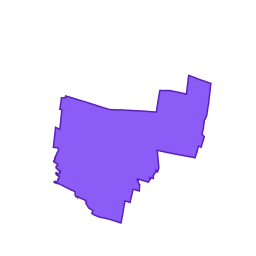 Tatarastii De Jos, Teleorman, Romania, rotated 47°
{"feature_id": "2599482B17440364011234", "entity_name": "Tatarastii De Jos", "entity_type": "district", "adm_level": 2, "iso_a3": "ROU", "parent_name": "Romania", "parent_adm1": "Teleorman", "projection": "equal_earth", "projection_center": [25.181, 44.381], "detail": "fine", "context": "isolated", "style": "filled", "palette": "violet", "viewbox_px": 256, "rotation_deg": 47, "n_neighbors": 0, "source": "geoboundaries", "source_scale": "gbopen_adm2", "svg_char_len": 5454}
<svg xmlns="http://www.w3.org/2000/svg" viewBox="0 0 256 256"><g transform="rotate(47 128 128)"><path d="M192.7,197.9L190.3,194.6L188.9,192.8L187.9,191.3L187.0,190.2L185.8,188.6L184.0,186.3L183.4,185.4L182.3,184.1L179.9,180.8L179.2,180.0L183.8,177.3L183.2,176.4L181.3,173.5L180.5,172.4L178.3,169.0L177.2,167.6L176.8,166.8L176.2,166.1L181.8,162.7L178.5,159.3L177.4,158.1L177.1,158.3L176.8,158.4L176.7,158.2L176.4,158.0L176.2,157.9L175.4,157.7L174.5,157.6L174.2,157.5L173.8,157.1L173.7,156.8L173.8,156.7L173.5,156.2L172.4,156.9L171.7,155.9L172.9,155.1L173.2,154.9L178.4,151.8L180.4,150.6L180.7,150.5L181.2,150.3L181.5,150.1L180.8,147.5L180.6,146.6L180.6,146.2L179.7,146.3L179.3,146.2L178.9,146.0L181.8,144.2L182.2,143.9L181.6,143.3L181.4,143.1L181.1,142.8L180.3,142.2L180.2,142.2L180.1,141.6L180.0,141.2L179.8,140.8L179.4,140.6L179.2,140.3L179.2,140.0L179.2,139.7L179.4,139.3L179.5,139.1L179.4,138.8L179.4,138.5L179.1,137.9L179.3,137.4L179.3,137.2L178.8,136.8L178.6,136.6L178.2,136.4L178.0,136.2L180.2,136.2L178.6,133.2L178.3,132.7L178.2,132.6L164.2,121.8L165.1,121.3L165.2,121.1L165.4,121.0L167.1,119.9L174.6,114.6L178.8,111.6L179.6,110.9L179.8,110.7L180.0,110.6L180.7,110.2L189.3,103.8L192.1,101.7L193.8,100.5L195.2,99.5L195.5,99.4L194.4,97.4L192.6,93.9L191.8,92.7L191.7,92.8L189.4,88.9L191.9,87.6L190.7,85.6L189.9,84.2L186.5,78.2L182.7,77.9L181.6,76.0L180.1,73.7L177.2,70.2L175.4,68.0L175.0,67.9L174.4,67.0L174.3,66.6L174.3,66.1L174.1,65.5L173.6,64.2L172.6,62.1L171.9,61.0L171.2,60.3L167.2,55.2L165.5,52.9L160.1,46.6L157.6,43.6L156.5,42.3L156.2,42.1L155.3,41.0L153.9,39.4L152.6,37.8L151.8,36.9L151.5,37.2L150.9,37.6L150.1,37.9L148.8,38.7L147.2,39.4L146.1,40.0L142.1,42.2L138.3,44.1L136.8,44.7L134.2,46.1L130.9,47.7L132.3,49.5L133.6,50.9L136.9,54.8L139.1,57.5L141.9,60.8L142.9,61.9L142.9,62.1L142.8,62.3L142.5,62.5L141.3,63.3L139.3,64.8L137.5,65.9L130.1,71.2L129.2,71.8L128.5,72.5L126.7,74.4L124.1,77.3L123.0,78.2L122.9,78.4L122.5,78.8L122.3,79.1L123.1,80.1L123.6,81.0L123.9,81.3L124.9,82.5L126.4,84.6L127.2,85.6L130.9,90.4L132.6,92.6L134.1,94.4L134.6,95.1L135.6,96.5L126.3,105.1L123.5,107.8L121.2,109.9L117.4,113.7L115.6,115.3L115.5,115.5L115.4,115.7L114.5,116.5L114.4,116.6L113.2,117.8L112.9,117.9L111.3,119.4L109.1,121.7L109.0,121.9L106.8,124.1L106.7,124.2L106.3,124.6L106.3,124.8L106.2,125.0L105.8,125.1L102.2,128.6L101.6,129.1L100.8,129.6L100.4,129.9L99.6,130.1L99.4,130.3L98.5,130.8L98.4,130.9L97.5,131.5L95.7,132.5L93.7,133.6L93.2,133.9L92.3,134.5L91.8,134.5L91.5,134.9L91.4,135.1L91.2,135.3L90.5,135.6L90.2,135.6L89.9,135.7L89.3,136.1L89.1,136.1L88.4,136.6L85.0,138.5L83.8,139.2L82.5,139.9L78.4,142.2L77.4,142.9L76.2,143.5L74.9,144.3L74.8,144.5L73.7,145.1L71.8,146.0L62.1,151.7L62.4,152.3L63.0,152.1L63.1,152.5L63.2,152.9L62.9,153.2L62.9,153.7L62.5,154.0L60.5,156.1L63.9,160.1L64.7,161.2L67.8,165.1L69.0,164.2L69.5,163.9L72.7,167.5L73.2,168.2L73.9,169.0L77.2,172.7L82.5,178.8L78.1,180.5L83.6,186.8L83.9,187.3L84.6,188.0L86.5,190.3L86.9,190.7L91.2,195.8L92.7,194.7L92.8,194.5L93.3,194.0L94.6,192.9L94.8,192.9L96.3,193.4L96.5,193.5L96.9,194.1L97.1,194.9L97.5,195.7L98.0,197.3L98.4,197.8L98.5,198.5L99.0,199.4L99.4,200.2L99.5,200.9L99.6,201.1L99.9,201.3L100.0,201.6L99.9,201.9L100.0,202.3L100.3,202.4L100.4,202.6L100.6,202.7L101.3,202.8L101.5,203.4L101.3,203.6L101.5,203.9L101.5,204.1L101.4,204.4L101.5,204.7L101.5,204.9L101.5,205.0L102.0,205.4L102.6,205.3L103.2,205.0L103.5,204.9L104.0,204.8L104.2,204.6L104.8,204.5L105.0,204.6L105.4,204.3L105.8,204.1L106.1,204.2L106.3,204.2L106.6,204.2L107.0,204.4L107.1,204.5L107.3,204.9L107.2,205.0L107.0,205.3L107.0,205.7L106.8,206.1L107.1,206.5L107.4,206.6L107.5,206.8L107.4,207.0L107.5,207.1L107.8,207.1L107.8,207.3L107.6,207.4L107.7,207.6L107.9,207.7L108.2,207.8L108.5,207.9L108.8,207.9L109.0,207.8L109.3,207.7L109.7,207.8L110.1,207.7L110.3,207.5L110.8,207.7L111.0,207.7L111.0,207.8L111.3,207.8L112.0,207.6L112.4,207.3L112.5,207.3L112.6,207.5L113.1,207.1L113.1,206.6L113.3,206.6L113.5,206.9L113.9,207.4L114.0,207.8L113.9,207.9L113.9,208.1L114.2,208.2L114.2,208.3L114.3,208.9L114.2,209.0L114.3,209.1L114.2,209.2L114.2,209.8L114.1,210.0L114.0,210.3L113.9,210.4L113.6,210.4L113.1,210.3L112.9,210.5L112.9,210.9L112.9,211.0L112.5,210.8L112.4,210.7L112.1,210.8L111.7,210.8L111.6,211.0L111.7,211.3L112.1,211.5L112.1,211.8L112.6,212.0L113.1,212.1L113.5,212.0L113.8,212.1L114.3,212.1L114.7,212.0L115.1,212.0L115.6,211.7L115.8,211.4L115.7,211.3L115.8,211.2L116.0,211.2L116.5,211.1L116.6,211.3L116.9,211.4L117.1,211.8L117.1,212.2L117.2,212.3L117.2,212.5L117.5,213.0L117.5,213.3L117.8,213.5L117.7,213.9L117.7,214.2L117.9,214.6L118.2,214.8L118.5,215.3L118.6,215.5L118.7,215.9L118.9,216.4L118.9,216.6L118.4,217.0L118.2,217.2L117.6,217.4L117.3,217.6L117.0,218.7L117.0,218.9L117.1,219.0L117.5,219.1L118.1,218.8L118.6,218.5L119.0,218.4L119.3,218.3L119.8,218.0L120.2,217.5L120.3,217.5L120.9,217.3L121.1,217.2L121.1,216.6L121.4,216.6L122.0,216.4L124.1,215.6L128.5,214.1L133.7,212.1L136.3,211.0L138.5,210.2L139.5,211.2L140.6,212.0L141.1,212.4L141.2,212.5L141.3,212.5L142.0,212.8L142.6,212.9L143.6,212.5L144.6,212.3L144.4,212.1L144.1,211.6L148.2,210.1L148.7,209.8L152.0,208.4L152.5,209.1L153.9,209.0L154.4,210.2L157.7,210.8L159.4,211.3L159.8,211.3L164.6,209.9L165.2,211.5L165.8,212.7L167.7,212.3L168.8,211.9L171.2,210.8L174.3,209.3L175.5,208.4L175.7,208.2L175.9,208.0L177.2,207.2L178.9,205.9L182.2,203.8L183.3,203.1L185.1,202.2L186.8,201.1L189.9,199.5L192.7,197.9Z" fill="#8b5cf6" stroke="#5b21b6" stroke-width="1.5"/></g></svg>